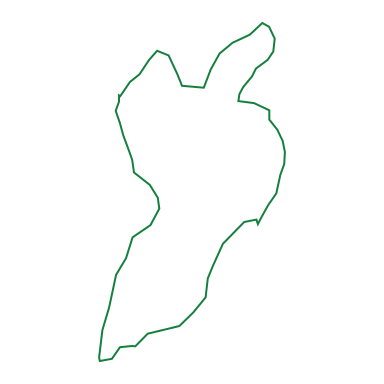 the district of Foinikas, Paphos, Cyprus
{"feature_id": "46923920B81227312905849", "entity_name": "Foinikas", "entity_type": "district", "adm_level": 2, "iso_a3": "CYP", "parent_name": "Cyprus", "parent_adm1": "Paphos", "projection": "equal_earth", "projection_center": [32.569, 34.745], "detail": "fine", "context": "isolated", "style": "outline", "palette": "green", "viewbox_px": 384, "rotation_deg": 0, "n_neighbors": 0, "source": "geoboundaries", "source_scale": "gbopen_adm2", "svg_char_len": 930}
<svg xmlns="http://www.w3.org/2000/svg" viewBox="0 0 384 384"><path d="M135.3,346.3L147.7,333.7L179.4,326.0L193.4,312.3L205.6,297.4L207.8,278.4L212.9,265.9L222.9,243.8L244.2,222.0L256.4,219.6L257.9,224.1L260.8,218.4L268.2,205.1L276.3,193.4L280.4,174.6L284.2,164.2L284.9,151.9L284.0,147.6L282.7,141.0L277.3,129.7L269.3,119.6L269.3,110.3L254.0,103.1L238.4,101.1L239.4,94.1L243.2,87.1L252.1,76.3L255.9,68.6L267.7,59.8L273.3,51.5L274.7,38.6L269.1,26.8L262.3,23.0L249.8,34.7L232.6,42.7L219.6,53.5L210.8,69.3L203.8,87.7L182.0,85.8L177.4,74.3L168.6,55.4L157.1,50.8L149.0,60.0L139.5,74.3L130.0,81.9L120.2,96.2L119.0,95.4L119.0,101.6L115.7,110.9L119.9,123.0L123.2,135.1L129.1,151.1L132.2,159.9L134.0,172.5L149.8,184.9L157.8,197.8L159.3,208.6L150.5,225.1L132.6,237.3L126.0,258.3L116.1,274.8L109.1,307.5L102.4,330.1L99.1,357.5L99.8,361.0L111.9,358.8L120.0,347.2L131.9,346.0L135.3,346.3Z" fill="none" stroke="#15803d" stroke-width="2"/></svg>